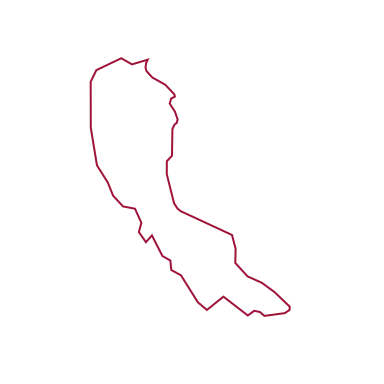 outline of Middlesex, Virginia, United States of America, rotated 26°
{"feature_id": "52423323B72880351816690", "entity_name": "Middlesex", "entity_type": "district", "adm_level": 2, "iso_a3": "USA", "parent_name": "United States of America", "parent_adm1": "Virginia", "projection": "natural_earth1", "projection_center": [-76.544, 37.64], "detail": "fine", "context": "isolated", "style": "outline", "palette": "rose", "viewbox_px": 384, "rotation_deg": 26, "n_neighbors": 0, "source": "geoboundaries", "source_scale": "gbopen_adm2", "svg_char_len": 825}
<svg xmlns="http://www.w3.org/2000/svg" viewBox="0 0 384 384"><g transform="rotate(26 192 192)"><path d="M112.2,220.4L122.7,229.9L136.3,235.2L148.1,232.0L160.0,241.9L161.8,251.3L172.6,257.3L175.0,248.6L193.5,262.5L202.6,263.1L207.6,271.2L218.6,271.7L245.5,288.5L257.1,291.5L266.1,272.3L296.3,278.5L300.0,271.5L305.6,270.1L311.4,271.6L328.5,260.2L331.4,255.3L330.1,252.2L310.1,245.8L294.6,243.0L279.0,243.5L262.0,236.8L256.1,223.9L246.8,213.1L190.3,214.2L186.3,213.3L180.8,210.0L161.5,187.0L155.9,175.4L158.1,168.1L146.8,144.0L146.7,139.3L148.0,136.3L147.2,133.0L141.5,127.3L133.2,122.3L132.3,117.2L134.8,113.8L133.4,112.0L120.9,107.3L106.2,106.5L98.1,103.3L95.7,100.6L94.2,96.1L94.2,92.5L82.1,103.6L69.8,102.8L52.6,124.4L52.6,137.3L72.9,178.7L94.9,209.7L112.2,220.4Z" fill="none" stroke="#9f1239" stroke-width="2"/></g></svg>